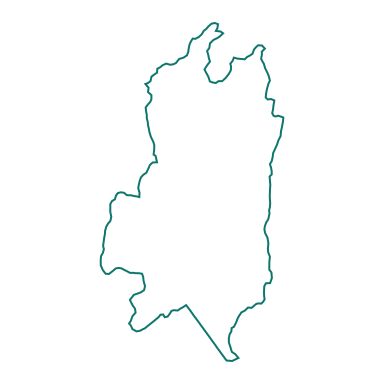 outline of Itaguaçu, Espírito Santo, Brazil
{"feature_id": "56859067B33712162674860", "entity_name": "Itaguaçu", "entity_type": "district", "adm_level": 2, "iso_a3": "BRA", "parent_name": "Brazil", "parent_adm1": "Espírito Santo", "projection": "equal_earth", "projection_center": [-40.868, -19.725], "detail": "fine", "context": "isolated", "style": "outline", "palette": "teal", "viewbox_px": 384, "rotation_deg": 0, "n_neighbors": 0, "source": "geoboundaries", "source_scale": "gbopen_adm2", "svg_char_len": 3505}
<svg xmlns="http://www.w3.org/2000/svg" viewBox="0 0 384 384"><path d="M102.9,270.2L105.6,273.7L108.9,274.0L111.5,272.0L113.5,270.4L115.8,268.4L118.9,267.9L121.5,268.4L124.5,270.0L127.3,271.4L130.1,272.9L133.2,272.8L135.6,273.2L138.6,273.2L142.0,273.7L143.1,276.6L143.6,280.9L145.0,286.2L144.1,290.1L140.8,292.4L136.9,293.8L133.7,294.9L132.1,297.2L129.9,299.9L131.1,302.4L132.7,305.4L135.0,308.7L135.6,312.6L132.5,316.1L130.8,320.9L129.1,323.5L130.8,325.4L132.4,329.1L136.6,331.4L140.2,330.7L142.7,329.3L144.9,328.3L147.7,326.0L150.7,323.6L153.2,321.6L155.2,320.0L158.8,316.9L160.5,314.7L163.2,314.5L164.7,317.2L167.6,316.6L170.0,313.4L171.5,310.9L173.7,310.2L177.7,310.5L180.4,308.6L183.2,307.1L186.1,305.1L189.8,309.9L193.8,315.6L196.2,318.8L208.4,335.5L212.2,340.8L215.2,344.9L217.1,347.7L219.3,350.7L221.2,353.3L226.5,360.5L232.1,361.0L238.4,358.0L235.5,354.4L231.8,351.8L230.3,346.7L228.9,342.6L228.8,338.9L229.5,334.6L231.4,331.3L231.6,328.1L233.9,326.8L236.1,322.6L237.6,318.5L239.3,315.5L241.4,312.4L244.7,310.7L248.1,307.5L251.5,307.9L256.3,303.9L258.5,303.4L261.3,303.6L263.2,301.7L264.6,299.3L264.2,296.4L264.0,293.4L264.1,289.7L264.3,286.2L265.9,283.3L270.1,283.1L271.9,278.0L271.4,272.4L269.3,269.7L269.3,265.2L269.4,261.2L269.9,256.7L268.2,252.3L267.9,248.7L268.4,243.1L267.4,237.5L265.2,233.2L264.4,229.5L264.8,226.4L266.2,222.5L268.2,219.4L268.9,216.5L269.5,213.3L269.1,210.2L269.9,207.3L270.2,203.1L269.8,198.1L269.8,194.2L270.0,189.6L270.3,185.0L269.9,180.0L269.6,176.5L271.7,174.5L271.7,171.3L271.0,167.4L269.9,164.2L271.7,161.2L272.7,156.9L273.2,152.9L274.4,150.4L275.5,147.9L277.0,144.7L278.5,140.1L280.6,136.1L281.0,131.2L282.0,126.9L282.5,123.9L283.1,120.7L283.3,117.5L280.6,116.5L278.2,115.7L275.7,116.5L273.6,115.8L272.2,113.2L273.0,109.6L273.5,105.4L274.3,100.4L270.9,99.0L267.8,99.5L265.7,97.5L266.1,93.7L266.7,90.1L267.6,86.7L268.5,83.5L269.9,80.7L269.2,77.7L268.2,74.5L266.7,71.4L265.1,68.1L263.9,63.9L262.5,61.5L261.1,58.8L261.9,54.8L261.8,51.7L264.9,48.6L262.0,45.5L258.1,45.3L256.1,47.1L254.0,49.5L252.5,53.8L249.8,55.6L247.2,56.9L244.7,59.3L237.4,58.6L233.9,57.6L232.6,60.9L230.3,63.8L231.1,66.6L230.8,70.4L228.6,74.2L225.8,77.8L222.1,81.2L218.7,81.1L215.8,83.0L212.4,82.4L209.9,81.4L208.3,76.6L206.1,72.6L204.5,69.4L207.2,65.2L210.0,61.5L208.9,58.3L208.2,54.6L207.1,51.1L209.3,48.0L210.0,43.3L213.5,39.9L216.5,38.5L219.5,36.7L223.1,33.3L220.5,31.5L215.9,30.9L217.4,28.2L218.0,24.2L214.8,23.0L211.5,23.7L208.2,26.6L206.2,29.0L203.8,30.8L201.8,34.2L198.8,37.0L195.4,38.8L192.7,38.6L190.9,41.5L189.5,44.7L188.7,48.4L188.3,51.8L187.0,55.3L183.6,57.6L179.1,59.0L176.0,63.0L173.0,64.4L170.0,64.7L166.2,63.6L162.7,65.2L160.1,67.3L157.3,68.8L157.1,72.6L154.3,74.5L151.5,76.6L150.5,81.1L148.0,83.0L145.4,84.0L148.6,87.8L148.0,92.0L151.4,95.1L151.4,99.2L150.2,102.0L147.9,104.5L145.7,107.4L146.0,110.6L146.8,115.0L146.8,118.3L147.7,121.6L148.0,125.0L148.7,128.0L149.5,132.4L151.0,137.1L153.3,141.8L154.3,145.3L154.2,149.7L153.6,154.6L155.6,155.9L157.0,162.3L152.7,162.5L149.9,165.0L148.3,168.7L146.4,172.7L143.3,174.8L140.9,177.5L139.6,181.3L138.8,184.9L138.2,188.0L139.5,192.6L139.3,197.1L136.8,196.4L134.3,196.1L131.1,195.3L126.8,195.2L124.1,192.8L120.8,192.3L117.8,193.1L116.0,195.6L114.9,199.3L112.0,201.1L110.3,204.1L110.3,207.5L110.3,212.0L111.3,216.9L110.3,221.1L108.2,223.4L106.4,226.4L105.1,230.8L104.9,234.1L104.3,237.3L103.7,241.5L103.1,245.9L103.9,249.2L102.9,252.8L101.0,256.2L100.7,260.4L100.8,265.5L102.9,270.2Z" fill="none" stroke="#0f766e" stroke-width="2"/></svg>